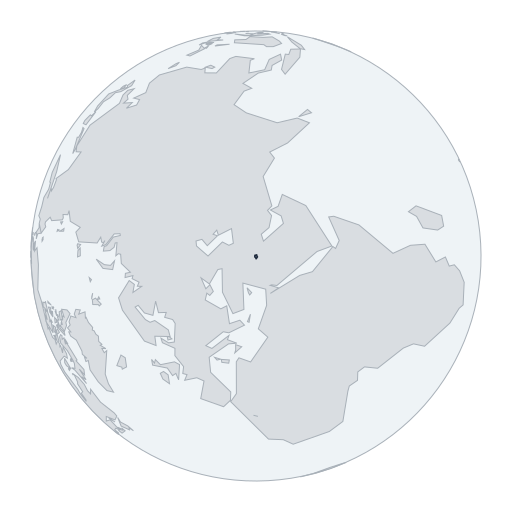 Karbala' highlighted on a globe, orthographic projection, rotated 261°
{"feature_id": "IRQ-3062", "entity_name": "Karbala'", "entity_type": "Province", "adm_level": 1, "iso_a3": "IRQ", "parent_name": "Iraq", "parent_adm1": "", "projection": "orthographic", "projection_center": [44.011, 32.497], "detail": "fine", "context": "on_globe", "style": "filled", "palette": "slate", "viewbox_px": 512, "rotation_deg": 261, "n_neighbors": 0, "source": "natural_earth", "source_scale": "10m", "svg_char_len": 10786}
<svg xmlns="http://www.w3.org/2000/svg" viewBox="0 0 512 512"><g transform="rotate(261 256 256)"><circle cx="256" cy="256" r="225" fill="#eef3f6" stroke="#a8b0b8"/><path d="M250.5,30.8L252.0,30.8L277.2,32.2L287.3,33.1L283.3,33.1L304.1,35.9L319.2,39.8L300.7,35.3L297.8,35.0L307.3,37.1L306.3,37.3L310.4,38.7L308.3,38.9L297.7,37.0L296.2,37.3L303.1,38.9L305.4,40.6L295.5,38.1L298.5,41.0L281.3,39.7L256.7,35.2L245.7,36.9L216.5,39.2L217.7,40.1L207.4,42.4L205.0,44.4L200.3,44.9L202.4,46.3L207.2,45.6L209.7,46.1L208.7,47.4L202.5,48.0L202.1,47.4L199.8,48.3L197.1,48.1L197.9,49.0L190.5,49.8L196.2,51.1L189.1,53.6L184.6,53.7L187.1,50.9L183.0,46.1L179.3,46.3L171.4,48.9L152.2,59.1L147.2,61.0L138.9,65.6L140.6,65.5L147.8,62.0L149.0,63.6L157.6,59.8L159.4,60.1L167.4,57.8L163.9,61.4L156.1,66.3L149.3,68.5L145.7,71.0L150.3,71.8L135.9,79.6L123.2,91.4L119.7,93.5L116.2,91.1L120.9,83.0L116.4,82.3L117.0,86.3L108.2,92.2L105.8,95.0L104.9,97.0L107.3,96.3L103.8,99.4L102.0,96.0L105.1,93.1L105.7,94.0L107.8,90.5L106.5,89.3L102.2,93.0L104.8,89.1L101.7,91.9L101.1,92.5L103.1,90.5L105.3,88.6L103.2,90.4L115.5,79.9L128.6,70.2L142.3,61.5L156.6,53.8L171.4,47.2L186.7,41.7L202.3,37.2L218.2,33.9L234.3,31.8L250.5,30.8ZM30.9,265.2L32.2,278.2L35.7,296.6L37.5,308.2L38.0,312.9L34.5,297.2L32.1,281.3L30.9,265.2ZM294.8,34.2L289.6,33.3L295.0,34.1L294.8,34.2ZM311.3,38.9L313.1,39.2L314.4,39.8L311.3,38.9ZM168.8,56.1L168.0,57.0L166.9,56.9L168.8,56.1ZM172.9,54.5L172.1,53.9L173.9,53.1L174.4,53.5L172.9,54.5ZM312.6,40.9L314.1,42.1L310.7,40.5L312.6,40.9ZM173.4,55.6L177.3,51.7L180.5,50.4L185.0,50.9L173.4,55.6ZM313.9,42.6L317.9,46.2L322.2,47.0L312.2,47.4L312.1,43.9L307.2,41.6L311.8,42.8L313.9,42.6ZM209.1,44.8L204.0,45.6L209.2,43.8L209.1,44.8ZM211.8,43.6L224.2,38.3L231.3,38.2L225.7,39.8L235.7,39.1L233.0,41.5L227.0,42.5L222.9,42.0L225.0,43.4L211.8,43.6ZM306.0,47.3L305.4,48.2L304.0,47.0L306.0,47.3ZM211.1,46.2L213.0,44.9L219.3,44.7L216.7,47.1L215.5,46.4L211.1,46.2ZM239.5,37.9L243.8,38.3L242.8,40.4L244.3,40.9L233.6,41.6L239.5,37.9ZM213.6,47.1L215.2,48.4L211.3,49.9L209.7,47.4L213.6,47.1ZM222.0,43.7L224.9,43.7L222.4,44.4L222.0,43.7ZM198.5,56.5L200.6,54.6L204.1,54.2L198.5,56.5ZM216.1,48.9L217.4,48.4L219.0,48.1L219.3,49.3L216.1,48.9ZM233.6,43.2L232.4,44.1L238.0,43.0L237.5,44.8L230.4,45.0L233.3,45.7L233.1,46.3L227.5,45.9L233.6,43.2ZM224.3,49.9L215.2,51.4L210.5,54.7L207.3,55.0L215.4,49.7L224.3,49.9ZM226.7,47.5L224.5,49.0L221.6,48.5L221.4,47.1L226.7,47.5ZM239.7,46.0L242.3,43.2L243.7,43.3L239.7,46.0ZM223.5,50.9L225.8,50.6L223.6,51.2L223.5,50.9ZM235.4,47.6L236.1,46.4L237.7,46.6L235.4,47.6ZM229.6,51.0L226.7,51.4L226.4,50.4L229.6,51.0ZM232.7,49.5L234.8,49.9L228.0,49.8L232.8,49.0L232.7,49.5ZM236.8,47.8L238.0,47.6L236.3,48.3L236.8,47.8ZM232.4,54.9L224.0,54.9L223.4,52.6L231.6,52.8L232.4,54.9ZM71.2,301.0L64.3,263.3L70.3,254.2L73.2,239.7L116.1,208.2L123.1,215.1L154.6,220.0L158.1,223.2L152.2,234.1L174.0,255.0L183.7,246.9L205.6,258.8L221.7,260.4L231.3,238.8L205.1,235.7L202.7,224.2L225.5,217.2L248.8,220.5L248.6,216.2L235.7,205.6L243.0,198.3L231.5,201.3L234.8,206.0L227.7,208.3L224.3,204.2L227.0,201.6L220.5,199.0L209.3,213.0L211.4,219.3L193.3,219.2L195.1,230.0L189.5,233.8L184.4,217.2L186.3,211.8L175.3,192.4L171.6,198.0L181.8,216.9L177.8,214.7L172.9,223.4L173.5,215.1L163.3,193.9L148.2,193.0L125.7,209.8L117.5,208.2L112.2,200.4L123.8,179.1L140.7,185.1L145.0,178.5L144.4,166.1L149.6,169.3L151.4,165.3L158.1,167.2L170.3,160.3L177.5,161.5L185.0,150.0L189.7,149.3L183.9,156.1L183.8,161.9L202.0,165.6L206.3,163.7L209.7,156.2L214.3,158.5L215.3,150.8L227.1,149.8L213.5,144.9L217.2,136.9L225.7,131.9L224.5,128.6L210.5,136.8L207.1,141.0L208.1,145.9L196.8,157.8L189.9,158.6L192.6,143.5L183.2,143.3L189.4,132.5L223.4,115.6L236.2,113.7L251.6,126.9L247.0,131.4L239.2,128.7L243.9,138.4L244.7,134.1L248.5,136.4L253.0,130.1L255.9,131.4L255.2,123.3L259.3,124.3L259.6,129.4L269.7,121.8L278.9,122.6L279.8,120.3L278.1,117.6L290.9,120.8L290.9,119.0L286.8,117.2L284.2,112.6L284.7,106.0L289.1,107.5L289.5,110.0L297.0,118.0L297.5,125.2L299.3,125.2L300.0,119.4L290.8,109.5L289.9,105.2L294.9,109.2L293.0,107.4L293.9,105.7L298.9,105.6L293.7,101.1L297.7,83.1L307.8,81.8L311.8,86.9L319.3,78.0L330.1,78.5L326.2,76.6L327.2,71.9L323.8,71.6L322.0,70.4L322.9,59.7L326.5,58.8L322.6,53.4L320.6,52.6L317.7,52.9L312.2,47.4L322.2,47.0L326.2,48.7L329.8,47.8L338.3,52.1L347.1,55.7L354.4,61.7L360.7,64.5L361.3,63.9L370.4,67.8L386.7,78.8L370.5,72.3L345.5,59.1L355.5,64.4L352.3,64.1L355.4,66.8L362.5,70.8L363.8,70.6L370.7,84.2L386.1,99.5L387.1,94.6L392.8,96.3L411.2,112.5L428.1,145.0L435.9,149.9L439.7,155.3L440.3,161.8L434.8,154.0L430.9,154.1L427.7,149.1L426.9,157.8L422.2,151.1L423.8,161.7L428.7,165.5L431.1,159.9L434.6,172.7L443.4,177.8L449.9,188.9L453.4,217.1L448.8,231.1L449.6,235.3L444.9,234.1L443.0,245.5L455.1,261.0L456.3,267.3L451.1,285.3L450.2,281.0L437.9,277.6L438.6,293.7L448.1,299.8L451.5,311.8L445.5,312.0L441.7,301.7L437.3,300.2L436.3,286.8L428.5,270.1L422.3,278.0L420.7,270.0L408.9,258.0L398.9,268.8L384.3,297.7L385.8,318.3L379.2,329.6L362.7,304.9L356.5,285.8L349.8,289.5L333.4,275.5L303.0,279.5L299.3,274.5L293.5,277.7L282.0,273.3L276.7,264.6L269.5,265.7L283.9,288.2L291.7,287.1L299.2,277.4L301.6,285.6L312.7,291.6L298.0,313.1L254.0,332.5L250.9,317.0L223.6,272.0L225.1,267.0L225.0,266.5L224.8,265.4L221.0,273.4L216.8,264.3L230.0,296.2L231.7,309.3L253.3,333.4L251.0,335.8L258.3,340.6L283.2,333.9L283.1,339.0L270.6,362.5L237.2,391.7L242.4,410.2L241.2,424.7L222.0,432.7L225.4,442.9L215.8,445.3L216.3,450.5L209.5,454.8L197.5,457.5L175.3,452.9L172.6,448.5L159.4,437.0L140.5,408.4L144.6,397.8L142.0,387.1L126.1,358.6L129.5,345.8L125.6,338.4L117.3,336.8L113.0,327.8L108.1,325.6L79.0,315.9L71.2,301.0ZM99.1,228.6L97.3,232.8L99.1,228.6ZM272.1,235.6L286.9,236.1L282.4,222.1L287.7,221.3L284.2,217.0L282.0,221.1L273.8,209.5L280.9,205.2L280.2,199.1L275.2,198.8L263.5,208.6L275.1,225.0L270.8,230.9L272.1,235.6ZM108.4,92.4L108.4,92.8L106.8,95.3L106.2,95.0L108.4,92.4ZM108.2,102.8L102.6,107.6L106.1,103.7L104.1,103.8L109.1,96.2L118.2,94.1L113.2,96.2L108.2,102.8ZM118.3,86.2L114.1,90.8L118.3,85.9L118.3,86.2ZM155.1,143.1L156.4,146.6L152.4,150.6L143.4,150.6L149.0,144.8L155.1,143.1ZM159.2,150.9L164.4,136.8L170.2,136.7L166.1,139.0L169.4,140.4L163.6,144.6L164.2,158.9L160.7,163.5L145.8,160.2L152.6,158.5L150.9,154.9L159.2,150.9ZM167.2,106.1L169.5,101.4L179.3,107.1L176.0,110.9L166.7,110.8L165.1,106.2L167.2,106.1ZM180.6,57.9L180.9,56.7L182.6,56.4L183.8,57.2L180.6,57.9ZM199.2,55.6L181.3,63.0L180.6,61.9L170.8,68.3L165.4,68.1L171.9,63.8L160.4,68.8L164.1,64.9L156.5,68.7L171.6,59.3L174.5,56.4L173.3,59.6L178.3,59.8L181.2,59.0L191.9,54.9L200.5,49.5L206.7,49.3L208.9,50.6L207.7,51.9L204.0,51.5L205.2,53.5L199.0,54.0L199.2,55.6ZM230.2,74.0L226.3,71.8L227.6,78.4L221.4,77.8L222.0,78.6L216.6,80.1L211.0,83.5L208.5,82.7L207.4,84.4L203.8,85.6L201.5,87.8L196.2,87.3L192.9,90.0L192.2,88.2L188.0,93.2L188.8,89.3L184.2,91.0L185.9,93.8L163.0,88.6L152.8,90.3L143.8,94.0L146.4,87.7L156.4,80.5L169.5,74.3L179.0,74.0L178.4,71.5L182.8,70.8L181.4,73.0L186.1,69.1L189.4,69.2L201.0,65.4L205.9,60.4L210.3,59.2L210.0,61.2L214.5,58.6L217.0,61.7L220.2,61.0L225.7,63.7L223.3,68.5L227.1,67.4L231.5,69.7L230.2,74.0ZM233.8,55.7L232.3,60.9L228.2,63.3L220.2,57.8L217.0,58.0L211.7,55.1L217.8,51.8L218.7,52.8L221.1,53.2L218.2,54.0L222.2,53.6L223.7,55.2L227.2,55.3L225.8,56.9L233.8,55.7ZM163.6,219.9L166.6,221.3L171.6,222.0L168.6,227.7L163.6,219.9ZM156.3,205.6L159.3,205.6L157.5,213.4L154.4,212.3L156.3,205.6ZM162.4,199.2L159.6,205.0L159.3,201.2L162.4,199.2ZM186.8,155.9L190.1,155.7L189.9,157.6L187.3,160.0L186.8,155.9ZM232.7,95.6L231.2,93.4L232.6,92.7L233.6,87.2L238.3,87.5L239.5,90.9L232.7,95.6ZM226.0,242.2L220.5,246.0L218.5,243.7L220.8,242.8L226.0,242.2ZM192.5,237.3L199.4,241.4L191.6,238.8L192.5,237.3ZM238.0,95.0L237.9,92.6L240.3,94.3L238.0,95.0ZM241.8,87.5L244.9,88.9L239.0,86.9L241.8,87.5ZM318.8,471.1L320.5,471.1L316.9,472.1L318.8,471.1ZM280.5,421.9L267.0,445.7L256.1,446.0L253.2,439.5L257.6,425.3L270.0,420.8L275.9,413.5L280.5,421.9ZM470.5,318.5L472.0,316.2L471.7,317.2L470.5,318.5ZM469.2,318.8L471.2,315.5L468.5,321.3L469.2,318.8ZM471.9,314.2L474.0,308.9L474.9,305.8L474.4,307.9L471.9,314.2ZM467.6,321.3L457.1,333.7L452.3,336.3L453.9,332.0L461.7,324.9L467.6,321.3ZM453.5,332.3L445.5,330.4L431.0,313.2L436.3,310.4L450.8,316.5L449.9,319.9L454.8,322.7L453.5,332.3ZM470.8,297.2L469.9,306.3L464.6,312.7L461.9,314.5L460.1,305.9L461.1,299.2L463.5,296.8L470.0,268.0L472.8,268.9L471.4,280.0L473.6,284.4L470.8,297.2ZM386.9,319.9L392.7,329.8L388.8,333.2L386.9,319.9ZM470.6,250.6L469.3,263.0L469.8,248.3L470.6,250.6ZM469.6,238.0L470.8,241.9L468.9,239.6L469.6,238.0ZM451.5,241.2L449.0,244.8L448.0,241.9L450.4,235.6L451.5,241.2ZM454.8,198.5L458.5,207.2L459.3,210.7L456.5,206.7L454.8,198.5ZM277.9,97.7L271.2,104.8L269.5,110.8L273.4,115.5L265.0,112.3L267.7,102.9L277.9,97.7ZM294.8,84.6L291.3,81.1L294.7,81.0L296.0,81.8L294.8,84.6ZM291.4,83.6L283.7,82.5L283.0,79.6L289.2,81.0L291.4,83.6ZM260.8,87.9L258.4,89.8L256.5,88.3L260.8,87.9ZM442.8,381.9L445.3,378.0L446.0,376.9L451.3,367.4L462.5,346.0L453.5,364.4L442.8,381.9ZM473.9,311.6L476.6,300.7L477.4,297.7L473.9,311.6ZM480.9,269.9L480.9,269.6L480.9,268.7L480.9,269.9ZM481.1,264.7L480.8,266.5L481.2,259.7L481.1,264.7ZM479.3,281.1L479.0,283.6L478.7,283.4L479.3,281.1ZM479.8,277.8L480.4,275.5L479.6,280.1L479.8,277.8ZM474.7,284.1L475.4,288.0L477.4,280.5L475.8,288.5L476.5,294.2L475.8,298.4L475.2,292.0L474.0,302.6L473.0,304.3L473.1,297.1L474.4,285.1L475.3,279.1L478.6,269.7L474.7,284.1ZM480.1,271.4L479.7,266.6L479.9,261.6L480.3,263.5L480.1,271.4ZM477.7,255.6L475.5,251.7L474.5,257.4L475.5,241.6L477.6,247.8L477.7,255.6ZM474.3,242.8L473.5,248.0L473.7,239.5L474.3,242.8ZM472.7,246.3L471.5,241.7L472.7,240.2L472.7,246.3ZM474.9,241.6L473.3,232.8L474.8,236.6L474.9,241.6ZM468.3,231.7L472.6,235.1L468.8,237.7L463.9,222.1L465.2,219.2L468.3,231.7ZM445.5,155.1L442.6,151.5L442.4,148.2L444.5,151.6L445.5,155.1ZM439.1,135.9L441.4,146.3L442.8,155.4L444.5,155.7L448.7,164.1L443.7,159.8L439.5,148.2L439.3,142.7L435.0,136.3L432.2,129.5L426.2,123.0L423.6,118.8L429.0,123.1L439.1,135.9ZM423.6,120.5L412.2,108.6L413.9,106.1L416.7,108.2L421.3,114.5L420.2,115.4L423.6,120.5ZM410.0,105.2L408.7,106.1L389.4,94.0L385.8,91.0L401.3,98.0L401.0,99.4L405.5,103.0L410.0,105.2ZM307.9,48.7L305.6,48.2L307.4,47.9L307.9,48.7ZM320.1,70.4L318.0,68.8L320.2,68.3L320.1,70.4ZM313.3,64.2L312.4,65.8L311.5,63.4L313.3,64.2ZM310.6,69.9L311.1,66.2L313.2,70.7L310.6,69.9Z" fill="#d9dde1" stroke="#a8b0b8" stroke-width="1"/><path d="M256.4,254.9L256.5,254.9L256.8,255.0L256.7,255.6L256.8,255.8L256.9,256.1L257.0,256.2L256.9,256.3L257.0,256.6L257.0,256.8L256.9,256.8L256.9,256.7L256.5,256.8L254.9,257.3L254.8,257.2L254.2,256.7L253.4,255.9L253.3,255.7L253.5,255.6L254.1,255.5L254.3,255.4L254.9,254.9L255.2,254.7L255.4,254.7L255.8,254.7L256.4,254.9Z" fill="#64748b" stroke="#1e293b" stroke-width="1.5"/></g></svg>